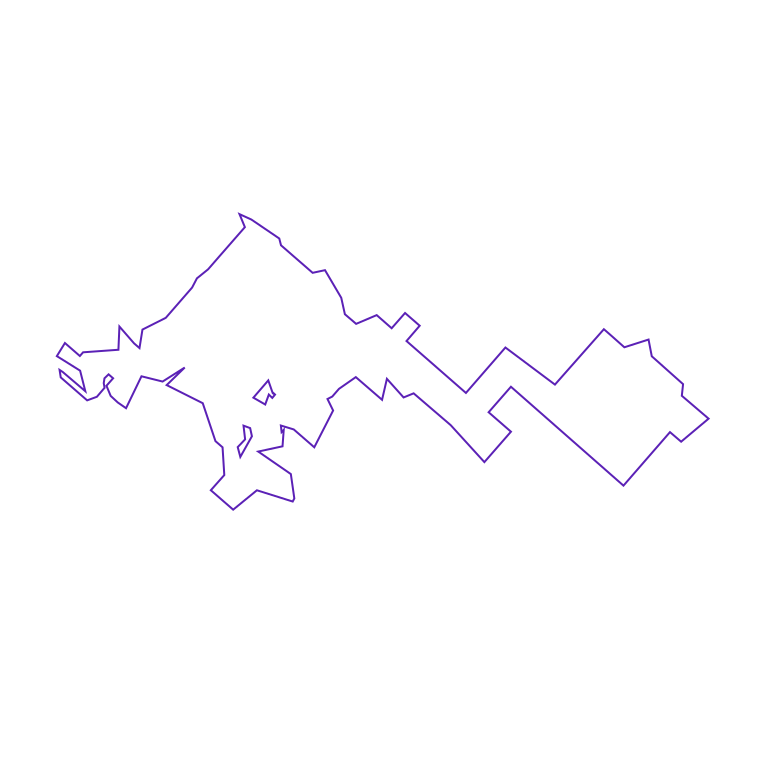 Denver, Colorado, United States of America, rotated 41°
{"feature_id": "52423323B36183009250393", "entity_name": "Denver", "entity_type": "district", "adm_level": 2, "iso_a3": "USA", "parent_name": "United States of America", "parent_adm1": "Colorado", "projection": "equal_earth", "projection_center": [-104.927, 39.764], "detail": "fine", "context": "isolated", "style": "outline", "palette": "violet", "viewbox_px": 768, "rotation_deg": 41, "n_neighbors": 0, "source": "geoboundaries", "source_scale": "gbopen_adm2", "svg_char_len": 1595}
<svg xmlns="http://www.w3.org/2000/svg" viewBox="0 0 768 768"><g transform="rotate(41 384 384)"><path d="M176.0,346.9L163.5,350.6L176.1,356.9L176.0,395.8L176.0,412.9L173.5,427.0L175.9,437.1L175.9,467.2L175.9,477.2L166.0,501.4L175.9,517.3L168.7,517.3L146.6,514.2L161.1,532.4L136.1,557.5L136.1,562.4L135.5,562.4L116.3,562.4L118.8,577.6L145.9,573.3L163.3,585.4L133.8,585.7L129.9,586.2L135.7,591.1L170.7,591.1L175.7,582.0L175.6,570.2L171.9,567.2L169.3,563.1L169.8,557.4L175.8,557.4L175.7,567.4L185.5,572.3L195.2,572.6L205.2,571.5L195.9,537.3L215.3,527.4L222.8,502.3L220.7,527.4L259.8,517.4L294.3,537.7L303.7,537.7L323.2,557.5L323.0,577.8L352.6,577.8L357.8,547.6L392.2,532.6L391.4,529.2L372.8,513.1L333.4,517.5L348.3,497.6L338.4,484.4L338.4,484.7L339.1,485.6L338.4,485.6L338.3,487.5L333.4,483.0L345.7,477.5L372.9,477.5L363.0,437.4L351.2,432.4L353.2,427.4L353.2,417.2L358.2,397.3L392.9,397.2L382.8,378.2L407.6,381.3L412.5,371.6L461.4,371.3L511.0,377.1L511.1,336.7L481.5,336.7L481.6,302.8L631.4,303.6L631.4,232.7L646.1,232.6L651.7,197.2L616.5,197.5L609.8,187.9L567.9,187.4L554.5,176.9L541.3,198.6L521.8,198.4L514.0,198.4L513.4,272.3L451.7,276.8L451.7,337.0L372.8,336.8L372.7,316.6L353.3,316.6L353.2,336.9L333.3,336.8L323.5,356.9L308.7,357.0L295.2,347.0L264.8,336.8L257.2,346.9L215.3,346.9L209.5,342.9L176.0,346.9ZM294.4,480.0L294.3,457.2L306.0,463.9L306.5,463.9L306.5,463.4L307.3,463.4L307.3,463.5L308.7,463.5L308.8,467.8L304.0,467.5L307.8,477.4L294.4,480.0ZM305.3,507.6L311.9,505.1L318.6,510.1L323.4,533.3L315.0,527.6L315.5,516.9L305.3,507.6Z" fill="none" stroke="#5b21b6" stroke-width="2"/></g></svg>